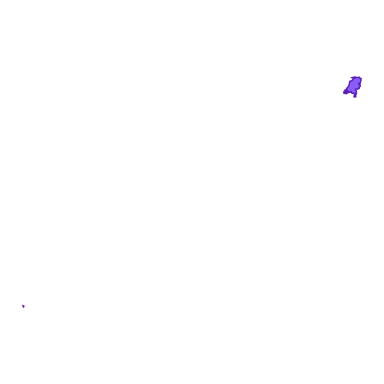 map outline of Netherlands (Mercator projection)
{"feature_id": "NLD", "entity_name": "Netherlands", "entity_type": "country or territory", "adm_level": 0, "iso_a3": "NLD", "parent_name": "Europe", "parent_adm1": "", "projection": "mercator", "projection_center": [-0.602, 32.829], "detail": "fine", "context": "isolated", "style": "filled", "palette": "violet", "viewbox_px": 384, "rotation_deg": 0, "n_neighbors": 0, "source": "natural_earth", "source_scale": "50m", "svg_char_len": 2403}
<svg xmlns="http://www.w3.org/2000/svg" viewBox="0 0 384 384"><path d="M355.6,96.9L355.1,96.9L354.7,96.9L354.2,96.8L354.2,96.7L354.0,96.3L354.0,96.1L354.4,95.6L354.5,95.5L354.4,95.4L354.5,95.2L354.8,94.5L354.8,94.3L354.7,94.1L354.5,93.9L353.9,93.7L353.6,93.4L353.4,93.2L353.1,93.2L352.5,93.3L352.1,93.2L351.6,92.7L351.5,92.2L351.4,91.9L351.1,92.0L350.9,92.2L350.5,92.3L350.3,92.2L350.3,91.9L350.2,91.7L349.5,92.1L349.3,92.1L349.0,91.9L348.9,91.8L348.6,91.9L348.4,92.1L348.5,92.5L348.3,92.6L348.0,92.6L347.7,92.4L347.3,92.3L346.7,92.0L345.9,92.2L345.3,91.9L344.8,91.9L344.5,91.7L344.2,91.3L344.4,91.0L344.6,90.9L345.5,90.9L346.2,91.0L347.3,91.9L347.6,91.9L347.9,91.8L347.7,91.6L347.4,91.4L347.0,91.2L346.7,90.9L347.5,90.8L347.4,90.6L347.3,90.3L346.4,89.3L346.6,89.1L346.8,88.5L347.0,88.0L347.3,87.9L347.6,87.5L348.3,86.5L348.8,85.7L349.2,84.7L349.7,82.0L349.8,81.6L350.1,81.1L350.4,81.2L350.6,81.3L351.4,80.9L352.7,79.9L353.1,79.0L353.5,78.6L355.0,77.8L355.9,77.6L357.2,77.5L358.1,77.4L359.3,77.3L359.7,77.8L359.9,78.2L360.3,78.4L361.0,78.5L360.9,79.2L360.9,80.6L360.9,80.9L360.6,81.5L360.3,82.5L360.2,83.2L360.1,83.3L359.0,83.3L358.8,83.4L358.8,83.6L358.8,83.8L358.8,84.0L358.7,84.1L358.7,84.3L359.0,84.6L359.3,84.7L359.7,84.8L359.9,84.7L360.1,84.9L360.2,85.2L360.2,85.6L360.2,86.0L360.0,86.5L359.4,87.0L359.2,87.2L359.0,87.3L358.8,87.4L358.8,87.6L359.2,88.1L359.1,88.4L358.9,88.6L357.9,89.0L357.5,89.0L357.3,89.2L357.2,89.2L356.9,89.1L356.4,88.8L356.1,88.9L356.0,89.0L355.6,89.2L355.4,89.4L355.4,89.7L355.8,90.4L356.0,90.6L356.0,90.9L356.2,91.2L356.5,91.7L356.5,91.9L356.5,92.2L356.3,92.6L355.9,93.6L356.0,93.9L356.2,94.0L355.4,94.7L355.3,94.9L355.0,94.8L355.0,95.1L355.1,95.3L355.4,95.3L355.6,95.5L355.8,95.8L355.6,96.9ZM347.7,92.4L347.6,92.7L347.4,93.0L346.8,93.4L346.2,93.7L345.9,93.6L345.7,93.5L345.6,93.3L345.2,93.2L344.8,93.1L344.5,93.3L344.3,93.4L344.1,93.4L343.9,93.1L343.8,92.5L344.1,92.3L344.8,92.3L345.4,92.5L346.1,92.6L346.7,92.3L347.2,92.6L347.7,92.4ZM346.4,89.9L346.9,90.2L347.0,90.4L347.0,90.5L346.4,90.7L345.9,90.2L345.5,90.3L345.3,90.1L345.3,89.9L345.7,89.8L346.4,89.9ZM23.8,306.4L23.6,306.9L23.4,306.7L23.4,306.3L23.3,306.1L23.1,306.0L23.0,305.9L23.0,305.7L23.7,306.0L23.8,306.4ZM352.6,77.7L352.2,77.8L352.0,77.7L353.0,77.4L353.6,77.3L352.6,77.7ZM355.3,77.2L354.4,77.3L354.1,77.2L354.3,77.1L355.1,77.1L355.3,77.1L355.3,77.2Z" fill="#8b5cf6" stroke="#5b21b6" stroke-width="1.5"/></svg>